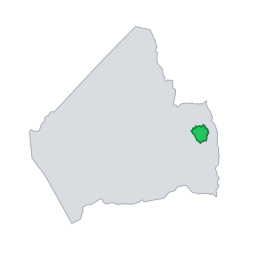 location of Tiaret within Algeria, rotated 97°
{"feature_id": "DZA-2205", "entity_name": "Tiaret", "entity_type": "Province", "adm_level": 1, "iso_a3": "DZA", "parent_name": "Algeria", "parent_adm1": "", "projection": "albers", "projection_center": [1.387, 34.879], "detail": "fine", "context": "in_parent", "style": "filled", "palette": "green", "viewbox_px": 256, "rotation_deg": 97, "n_neighbors": 0, "source": "natural_earth", "source_scale": "10m", "svg_char_len": 5015}
<svg xmlns="http://www.w3.org/2000/svg" viewBox="0 0 256 256"><g transform="rotate(97 128 128)"><path d="M185.3,31.7L185.5,32.3L185.6,32.8L184.8,33.4L184.3,33.7L183.8,35.1L182.6,36.2L182.4,36.5L182.5,36.7L183.3,37.1L183.6,37.5L183.8,38.0L183.5,39.9L183.3,43.4L183.3,44.1L183.7,45.0L184.0,45.7L184.2,46.4L184.2,48.4L184.7,49.5L185.0,50.5L184.4,51.8L184.2,53.0L184.1,54.6L184.1,55.6L183.7,56.6L183.1,57.5L182.5,58.1L181.7,58.6L180.7,59.3L180.0,61.1L178.4,62.6L178.1,63.1L178.0,64.2L178.1,65.7L178.5,66.9L179.4,68.7L180.3,70.7L180.5,71.7L180.9,72.0L181.9,72.6L183.8,73.4L184.1,73.7L185.1,75.0L186.1,77.5L186.5,79.1L189.8,81.4L193.1,83.3L193.3,83.7L195.5,91.0L196.3,93.6L199.3,103.1L198.4,103.7L197.4,104.4L198.3,105.7L199.9,107.7L200.9,109.3L201.3,110.0L202.1,112.1L202.9,114.1L203.1,114.8L203.4,116.3L203.5,120.7L204.4,126.2L205.2,128.9L204.5,131.4L204.0,133.8L204.1,135.0L204.7,136.8L205.2,138.2L205.8,138.9L205.9,141.2L205.7,142.0L204.2,143.4L202.4,144.6L201.9,145.6L201.9,146.7L202.2,147.5L208.2,154.9L208.5,155.6L208.8,157.8L209.9,160.5L211.0,161.6L211.4,162.5L212.2,163.1L212.9,163.5L213.3,163.5L215.7,162.5L220.0,163.4L224.1,164.2L224.4,164.4L227.1,168.4L229.6,172.1L186.3,203.7L181.5,208.2L170.0,219.2L169.1,219.7L153.3,223.3L145.0,225.0L144.6,225.1L144.2,225.2L143.8,225.1L143.1,224.9L142.2,224.3L141.6,224.0L141.5,223.5L141.8,222.8L142.2,222.3L142.4,221.8L142.7,221.4L143.0,221.2L143.0,220.7L142.7,220.1L142.4,219.2L142.4,217.6L142.4,216.8L141.6,216.2L140.2,215.5L138.8,215.1L138.2,215.0L136.8,214.8L134.8,214.3L134.0,214.1L132.7,212.5L132.1,212.1L129.1,211.9L128.1,211.7L127.2,211.3L126.5,210.8L126.1,210.0L126.0,209.3L125.8,209.0L122.4,207.3L121.6,206.7L121.2,206.2L121.1,205.4L121.2,204.5L121.1,203.6L121.0,203.2L65.0,162.4L62.1,160.2L55.5,155.2L26.4,132.8L27.9,118.6L28.0,117.9L28.2,117.6L29.2,117.1L30.8,116.1L31.4,115.6L32.2,115.1L34.9,113.8L35.4,113.4L38.0,111.7L38.6,111.5L39.9,111.4L40.5,111.1L41.3,110.4L42.5,109.7L43.2,109.3L43.4,109.3L43.8,109.3L46.0,109.7L47.0,110.0L48.1,110.2L48.4,110.1L48.8,109.9L49.2,109.3L49.4,108.6L49.5,108.0L49.5,107.7L50.2,107.7L50.9,107.9L52.2,107.9L52.7,107.9L54.2,107.9L56.4,107.6L59.5,106.9L61.0,105.9L62.1,104.8L63.4,103.2L64.3,101.7L66.1,100.9L67.7,100.4L68.5,100.3L70.5,99.6L73.7,97.5L76.4,97.3L76.7,97.1L77.1,96.7L77.1,96.0L76.7,95.5L76.2,95.2L75.8,94.9L75.5,94.8L75.3,94.5L75.4,93.9L75.5,93.3L75.8,92.8L75.8,91.9L75.4,91.1L75.3,90.5L75.4,90.0L75.6,89.5L76.2,89.2L76.8,89.2L77.6,89.3L79.2,89.2L83.1,88.0L83.4,87.6L83.7,86.6L84.0,85.8L84.4,85.5L84.6,85.5L87.7,85.1L88.4,85.1L94.2,85.5L99.1,85.8L99.6,85.7L99.6,85.0L99.3,83.9L99.5,83.2L100.2,82.5L101.1,81.8L100.7,80.9L100.1,80.3L99.1,79.5L98.6,79.2L97.7,78.3L97.2,77.3L96.9,75.2L96.3,74.0L95.8,72.5L96.4,69.9L95.8,68.2L95.7,67.5L95.7,66.7L95.9,65.3L95.9,63.3L95.2,61.2L95.6,60.5L95.7,60.1L95.7,59.8L95.0,59.1L94.8,58.6L94.9,58.1L95.3,57.4L95.3,57.0L94.2,56.1L92.4,54.6L91.9,53.9L91.7,53.1L93.4,53.4L94.4,53.3L96.5,52.4L98.2,51.2L99.5,50.6L100.7,49.2L101.8,48.3L103.3,47.4L107.6,45.4L108.3,45.4L109.7,45.9L110.9,45.8L111.8,45.0L112.7,43.3L114.1,42.3L115.9,41.2L118.3,40.2L119.8,39.3L122.3,38.5L128.5,37.9L131.7,37.4L133.9,37.5L136.0,36.0L137.1,35.5L141.8,35.3L144.0,34.2L152.5,33.9L153.5,34.2L154.6,34.8L156.3,36.1L157.2,36.4L158.3,36.1L160.9,34.6L163.7,33.8L165.3,32.9L165.9,31.7L167.3,31.3L168.1,32.1L171.1,32.8L173.0,32.5L173.8,32.2L173.4,30.8L175.4,31.1L176.9,31.6L178.6,32.8L179.6,33.0L181.5,32.3L185.3,31.7Z" fill="#d9dde1" stroke="#a8b0b8" stroke-width="1"/><path d="M123.1,47.4L123.3,47.5L123.6,47.5L124.0,47.8L124.3,48.1L124.3,48.3L124.6,48.4L124.9,48.3L125.1,48.4L125.4,48.7L125.6,48.9L125.8,48.9L126.0,48.6L126.3,48.7L126.3,48.8L126.6,48.9L127.6,48.8L128.4,48.6L129.2,48.6L129.3,48.7L129.4,48.8L129.5,48.9L129.8,48.8L130.2,48.8L131.0,48.8L131.3,50.1L131.3,51.2L131.4,51.3L131.5,51.4L131.6,51.5L131.9,51.5L132.0,51.7L132.1,51.9L132.2,52.1L132.1,52.4L132.1,52.5L134.2,54.2L134.3,54.3L134.2,54.5L133.5,54.8L133.3,55.1L132.9,56.2L132.7,56.5L132.1,57.2L132.0,58.1L131.7,58.1L131.0,58.2L130.8,58.3L130.7,58.4L130.7,58.5L130.5,58.8L129.6,59.3L128.7,60.1L127.4,60.6L127.2,60.8L126.8,61.0L126.4,61.6L126.1,61.9L126.0,62.2L125.9,62.4L125.8,62.7L125.7,62.8L123.0,64.9L122.5,64.2L122.3,63.8L122.2,63.6L121.7,63.5L120.3,63.6L120.2,63.5L120.2,63.4L120.1,63.2L120.3,61.9L120.1,61.8L119.8,61.5L117.8,60.9L118.0,60.7L118.6,60.4L118.7,60.2L117.3,57.6L117.1,57.1L117.1,56.7L117.1,56.4L117.2,56.2L118.0,55.5L118.1,55.4L118.1,55.1L117.9,54.7L117.7,54.6L117.2,54.3L117.0,54.2L117.0,53.8L116.7,53.8L115.6,53.9L115.7,53.3L116.2,52.7L116.5,52.2L116.7,51.8L116.8,51.7L117.1,51.6L117.3,51.6L117.7,51.7L117.8,51.8L118.0,51.8L118.3,51.7L118.5,51.5L118.9,51.0L119.0,50.8L119.0,50.7L118.9,50.6L118.6,50.4L118.5,50.2L118.8,50.1L119.0,50.0L119.0,49.9L119.0,49.7L119.7,48.9L119.8,48.9L120.0,48.8L120.2,49.0L120.3,48.9L120.2,48.9L120.1,48.7L120.5,48.6L120.9,48.3L121.2,48.2L121.7,47.9L121.9,47.9L122.2,47.9L122.4,48.1L122.5,48.2L122.8,48.0L122.8,47.7L123.0,47.4L123.1,47.4Z" fill="#22c55e" stroke="#15803d" stroke-width="1.5"/></g></svg>